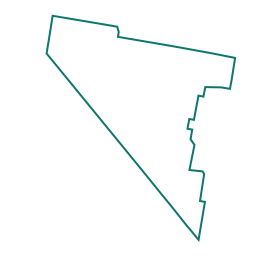 the district of Douglas, Nevada, United States of America, rotated 10°
{"feature_id": "52423323B42659235998259", "entity_name": "Douglas", "entity_type": "district", "adm_level": 2, "iso_a3": "USA", "parent_name": "United States of America", "parent_adm1": "Nevada", "projection": "natural_earth1", "projection_center": [-119.503, 38.824], "detail": "fine", "context": "isolated", "style": "outline", "palette": "teal", "viewbox_px": 256, "rotation_deg": 10, "n_neighbors": 0, "source": "geoboundaries", "source_scale": "gbopen_adm2", "svg_char_len": 588}
<svg xmlns="http://www.w3.org/2000/svg" viewBox="0 0 256 256"><g transform="rotate(10 128 128)"><path d="M147.3,165.5L172.0,187.0L183.8,197.1L204.0,215.0L205.6,216.2L215.5,224.7L216.9,225.9L216.6,187.4L211.6,187.4L211.0,160.1L209.0,157.8L195.8,158.7L196.4,133.1L191.6,128.3L191.5,118.4L186.7,118.4L186.8,108.5L191.5,108.5L191.8,83.9L196.8,84.0L197.0,74.3L212.7,71.8L221.6,71.8L221.7,62.1L221.3,40.4L198.0,39.9L156.6,39.7L102.3,40.0L102.2,35.0L99.8,30.1L34.3,30.6L34.6,45.8L34.9,68.8L61.0,91.2L146.7,165.0L146.8,165.2L147.3,165.5Z" fill="none" stroke="#0f766e" stroke-width="2"/></g></svg>